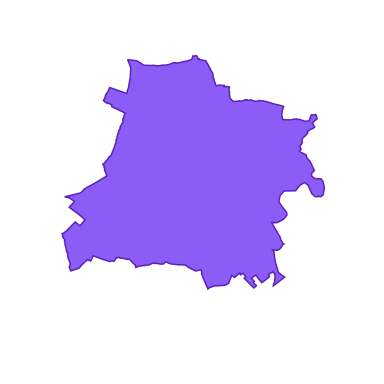 Mihalt, Alba, Romania (Mercator projection), rotated 208°
{"feature_id": "2599482B90708528056967", "entity_name": "Mihalt", "entity_type": "district", "adm_level": 2, "iso_a3": "ROU", "parent_name": "Romania", "parent_adm1": "Alba", "projection": "mercator", "projection_center": [23.75, 46.165], "detail": "fine", "context": "isolated", "style": "filled", "palette": "violet", "viewbox_px": 384, "rotation_deg": 208, "n_neighbors": 0, "source": "geoboundaries", "source_scale": "gbopen_adm2", "svg_char_len": 6008}
<svg xmlns="http://www.w3.org/2000/svg" viewBox="0 0 384 384"><g transform="rotate(208 192 192)"><path d="M241.0,314.3L247.8,312.5L248.3,313.0L249.4,312.3L250.5,313.8L251.3,314.0L251.9,314.5L255.2,312.3L254.7,310.9L254.6,309.7L254.6,308.5L255.3,308.1L256.3,306.9L257.9,305.3L260.5,303.3L264.7,299.4L267.7,298.2L268.6,297.7L269.7,296.8L271.0,295.1L273.1,293.0L275.2,291.5L278.1,289.8L279.5,288.6L280.2,288.1L281.6,287.3L285.4,285.8L288.8,283.8L291.4,282.7L293.1,281.7L295.1,281.3L295.8,281.6L302.6,281.9L310.5,278.8L310.7,278.4L309.2,277.2L306.0,274.4L304.6,273.0L303.9,272.0L300.4,264.3L298.8,259.5L297.1,254.5L296.9,253.1L296.7,251.3L295.8,248.6L299.2,247.8L313.8,245.6L313.6,244.0L313.4,241.4L313.6,239.4L313.8,237.2L313.1,234.0L313.2,233.1L313.0,231.0L312.0,231.0L311.4,230.7L310.8,230.6L308.2,230.6L308.2,231.2L303.9,231.3L303.7,230.7L302.8,229.7L287.9,230.3L288.1,229.4L288.1,228.7L287.7,227.6L287.7,227.0L287.5,226.5L287.6,226.1L287.2,225.2L287.3,223.8L286.7,223.3L286.5,222.5L286.1,222.0L285.8,220.9L286.1,219.5L285.8,218.3L286.1,216.7L285.7,214.7L285.3,214.3L285.5,213.3L285.1,212.7L285.4,211.5L285.2,210.5L284.8,209.5L284.9,208.8L284.5,208.1L284.3,205.8L283.3,203.7L283.4,203.1L283.3,202.0L282.7,201.2L282.3,199.5L282.3,198.1L282.0,197.3L282.0,196.9L281.7,196.1L281.8,195.8L281.6,195.1L281.3,193.8L281.5,193.0L281.2,192.2L281.1,190.2L281.0,189.8L280.9,189.4L280.9,189.0L280.9,188.6L280.5,186.2L281.3,185.1L281.3,184.7L281.5,184.3L281.6,183.9L281.8,183.2L281.9,180.7L282.4,179.7L282.5,179.4L282.4,179.0L282.7,178.2L282.8,176.7L283.7,174.9L283.7,174.7L282.7,173.7L281.6,173.8L281.1,172.4L280.6,172.2L280.0,171.5L279.7,170.5L274.7,166.3L282.9,152.6L286.4,147.4L288.5,144.1L288.4,143.7L289.5,139.9L289.7,139.5L290.2,138.7L298.2,131.5L302.2,128.0L298.1,129.1L296.7,129.1L291.3,128.5L291.4,128.0L293.3,120.9L292.4,120.7L281.4,119.1L277.8,118.3L273.4,117.1L275.0,109.7L277.6,110.1L281.0,110.7L284.2,100.2L283.8,100.1L285.0,97.7L285.8,96.3L285.6,95.9L287.1,94.3L286.2,93.1L285.6,92.6L285.1,91.7L284.1,91.1L282.9,90.7L282.2,90.3L281.8,89.7L281.7,89.0L281.4,88.4L280.6,87.9L280.0,87.1L279.6,86.2L276.8,83.3L276.4,82.6L275.8,82.0L274.6,80.1L273.7,80.4L271.5,76.8L269.5,74.7L266.3,72.1L265.7,71.4L265.1,69.2L265.4,68.9L265.1,68.1L262.0,65.4L256.3,71.4L255.9,72.0L254.9,76.4L253.7,80.0L253.2,81.0L252.8,82.7L252.8,83.1L249.1,83.5L249.2,86.2L249.2,87.4L249.2,89.3L246.8,89.6L244.5,90.0L242.1,90.2L239.4,90.6L232.1,92.0L231.6,92.3L231.0,93.0L230.4,93.5L230.0,93.8L228.3,94.1L228.0,97.2L227.9,97.9L228.2,98.4L227.6,98.5L226.6,99.2L225.7,100.1L225.4,100.2L225.1,100.2L224.8,100.0L223.7,100.1L222.7,100.6L222.0,101.2L221.8,101.2L219.9,101.6L219.2,101.7L218.8,101.7L218.3,101.8L217.3,102.3L216.6,102.8L215.6,103.3L214.6,102.9L211.0,101.6L210.0,101.3L208.7,101.1L208.3,101.1L207.8,100.8L206.9,99.8L206.8,99.3L206.6,99.0L206.3,98.9L206.0,99.0L205.4,99.7L205.0,100.6L204.5,101.1L204.2,101.3L203.2,102.1L202.1,103.0L201.3,103.5L199.9,104.8L199.3,104.7L199.2,104.8L199.0,105.0L198.8,105.5L198.2,106.0L197.9,106.1L197.4,106.2L196.6,106.9L196.0,107.2L195.3,107.9L195.3,108.2L194.9,108.5L194.4,109.2L193.7,110.1L193.3,110.8L193.0,111.0L190.7,111.7L189.5,112.5L186.3,113.4L184.0,114.6L183.5,115.0L182.7,117.4L182.3,118.1L181.1,118.3L178.9,118.2L176.9,118.6L169.6,121.5L167.8,122.3L167.4,122.8L164.5,124.0L163.3,124.5L160.4,123.8L152.3,123.9L151.4,124.2L150.5,124.9L147.7,127.6L145.8,126.0L145.2,124.3L141.6,121.2L132.3,113.8L132.1,115.1L128.4,119.4L119.2,125.0L116.8,128.4L117.3,132.4L117.7,137.0L114.2,136.5L113.6,138.3L112.2,142.2L111.8,142.9L111.3,142.7L111.2,142.4L111.1,142.1L110.0,141.8L109.0,144.0L106.1,143.1L104.7,142.5L105.5,140.4L102.0,139.3L92.3,136.3L91.2,139.3L91.1,139.5L95.5,140.9L95.6,141.0L95.0,142.3L99.1,143.7L96.7,148.7L96.2,148.4L95.9,148.1L95.7,148.0L94.9,147.8L94.2,147.4L92.2,146.4L91.0,146.0L88.8,145.2L88.0,144.6L86.9,146.5L86.0,148.4L85.1,150.5L83.9,153.7L84.7,154.3L85.7,155.0L85.2,156.0L83.4,159.2L82.9,158.9L82.1,159.5L81.1,158.9L80.2,158.1L79.2,156.6L78.4,155.4L77.4,152.7L76.8,150.5L76.4,147.6L76.2,147.2L73.4,153.2L70.2,160.4L73.6,160.8L77.8,161.5L78.0,161.6L82.6,166.3L84.1,167.8L86.2,170.1L89.3,174.4L92.7,179.0L93.7,178.4L93.9,178.6L92.1,179.6L89.8,180.2L89.4,180.5L89.0,181.2L88.3,181.8L87.4,184.0L87.1,187.9L86.6,189.0L86.8,188.9L91.5,191.8L92.2,192.6L94.4,194.6L95.2,194.7L98.8,197.2L102.5,199.3L106.3,201.8L107.1,202.5L107.3,202.7L104.7,203.5L102.2,205.2L100.9,207.1L98.3,211.0L97.3,216.2L99.1,218.6L105.5,221.3L110.8,224.3L112.5,230.2L111.2,236.1L101.1,241.7L99.9,248.5L97.2,253.2L92.7,252.5L85.5,246.8L81.1,245.7L75.8,248.6L74.9,251.2L76.9,257.5L81.1,262.7L84.2,264.2L90.3,261.4L94.0,262.4L95.1,265.0L94.0,268.4L102.3,274.6L106.3,275.9L108.8,278.4L114.6,278.1L116.0,278.4L116.1,279.6L115.7,280.9L115.8,281.1L116.7,281.6L118.1,282.9L118.3,283.4L117.8,285.1L117.8,287.4L118.9,288.7L119.6,291.0L119.6,291.8L118.9,293.3L118.3,294.7L117.6,298.1L118.0,299.5L118.3,300.0L118.0,300.3L117.1,302.1L116.8,303.0L115.5,304.3L114.9,305.1L114.2,307.1L116.1,308.0L118.2,309.3L117.9,309.7L117.3,312.0L116.7,313.2L115.9,315.5L119.2,318.6L120.8,317.1L122.9,316.0L122.1,310.6L121.8,309.9L125.0,307.7L128.1,307.1L129.8,306.7L131.2,306.7L131.8,306.2L132.6,305.7L134.3,305.5L135.3,304.5L135.9,304.4L139.0,301.8L145.9,298.5L148.8,302.0L150.3,305.6L151.2,310.3L151.3,310.5L152.1,310.5L157.9,309.1L158.5,308.8L159.5,308.6L162.1,308.0L165.7,307.4L171.2,306.1L173.6,305.1L175.5,304.4L176.3,303.6L176.6,303.1L179.9,301.3L180.2,301.4L183.1,301.1L184.4,299.9L185.7,299.3L186.4,299.4L186.6,299.3L187.0,299.2L187.2,298.9L188.7,298.0L189.6,296.9L190.4,295.8L191.8,295.0L192.8,294.9L193.6,294.3L193.8,293.9L194.3,293.6L194.8,293.1L195.3,292.9L197.8,291.7L198.7,291.4L200.0,291.8L202.6,292.9L203.4,293.7L206.2,298.4L206.9,298.8L207.4,299.8L208.2,302.3L211.5,301.3L212.0,300.8L213.1,300.0L213.6,301.2L216.7,299.9L217.8,299.3L220.7,297.2L222.7,299.0L224.6,300.8L225.4,301.8L226.4,302.7L227.0,303.3L228.7,305.4L229.0,306.1L239.4,313.1L240.8,313.7L241.0,314.3Z" fill="#8b5cf6" stroke="#5b21b6" stroke-width="1.5"/></g></svg>